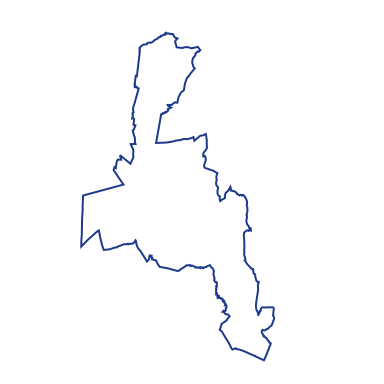 outline of San Salvador, Hidalgo, Mexico, rotated 191°
{"feature_id": "50627088B65020558146987", "entity_name": "San Salvador", "entity_type": "district", "adm_level": 2, "iso_a3": "MEX", "parent_name": "Mexico", "parent_adm1": "Hidalgo", "projection": "equal_earth", "projection_center": [-99.069, 20.296], "detail": "fine", "context": "isolated", "style": "outline", "palette": "blue", "viewbox_px": 384, "rotation_deg": 191, "n_neighbors": 0, "source": "geoboundaries", "source_scale": "gbopen_adm2", "svg_char_len": 5982}
<svg xmlns="http://www.w3.org/2000/svg" viewBox="0 0 384 384"><g transform="rotate(191 192 192)"><path d="M290.3,117.3L285.0,125.4L277.6,135.1L276.1,136.5L272.8,128.4L269.4,121.3L267.5,118.3L262.2,119.9L256.3,123.2L255.3,123.1L254.8,123.8L253.4,125.0L251.5,125.9L250.9,126.5L248.5,127.9L246.5,128.1L245.9,128.7L245.0,128.9L244.6,128.5L244.1,129.0L241.3,129.6L239.2,131.0L238.3,133.9L237.9,133.6L235.9,128.8L233.8,126.0L233.1,125.7L230.9,123.8L222.9,115.2L221.5,117.2L221.4,120.1L221.6,120.7L221.4,121.7L219.5,121.7L219.5,120.5L219.2,120.0L218.4,119.9L218.4,118.2L214.3,118.0L211.9,114.8L209.6,112.4L199.9,112.4L191.5,111.7L189.6,112.3L188.7,113.7L185.0,117.1L183.5,119.0L182.5,118.9L181.5,119.5L180.8,119.7L180.4,119.5L179.9,119.8L179.5,119.1L178.7,119.2L178.4,119.6L177.4,119.8L175.6,119.3L174.9,118.9L173.8,119.0L173.5,118.5L172.9,119.0L170.9,118.8L170.3,119.4L169.8,119.1L169.6,119.6L169.1,119.3L168.8,119.7L168.5,119.6L168.2,119.8L168.1,119.5L166.4,119.3L165.7,120.4L163.8,121.1L162.5,122.3L160.4,123.6L158.4,121.4L157.5,121.3L155.3,118.6L155.3,115.6L155.0,114.5L154.4,113.8L154.1,112.5L153.3,111.5L153.5,110.0L153.2,109.1L151.6,108.0L151.1,108.2L150.8,107.7L150.3,107.8L149.8,104.9L150.3,104.1L149.6,103.9L150.0,101.6L149.4,101.1L149.6,99.6L149.0,97.8L148.5,97.5L149.0,97.1L149.0,96.5L148.8,96.2L148.5,96.5L147.8,96.2L147.2,94.5L147.0,95.3L146.3,94.9L146.1,95.2L145.7,95.2L145.5,94.6L146.0,93.8L145.7,93.0L145.2,93.2L145.1,93.7L143.9,93.3L143.5,92.8L142.4,93.3L141.9,93.2L141.6,92.2L140.9,91.9L141.3,91.3L141.0,90.6L140.8,90.4L140.3,90.7L139.7,90.3L139.4,90.6L139.1,89.4L138.5,89.4L138.0,87.7L137.7,87.8L137.3,87.4L137.2,87.9L136.9,87.6L136.8,87.1L137.2,86.8L136.5,86.7L136.1,85.7L136.1,85.0L136.7,83.8L136.3,82.6L136.4,81.8L137.0,81.4L138.3,81.5L138.9,80.5L138.2,80.7L138.2,80.4L138.1,80.8L137.9,80.7L138.3,80.2L137.4,79.8L136.7,79.1L136.0,78.9L135.6,78.4L134.8,78.7L133.1,78.5L131.3,77.3L133.2,73.8L133.6,72.4L137.7,68.3L138.4,61.9L136.6,61.1L135.6,60.1L126.9,50.6L123.0,45.6L121.9,45.2L119.5,46.9L118.8,46.8L118.3,46.2L115.9,46.4L110.6,45.7L100.2,43.2L98.7,43.2L98.5,42.8L89.3,40.5L88.9,41.9L88.9,42.9L88.3,44.2L87.5,48.2L87.3,50.1L86.5,53.4L86.6,55.0L86.0,56.2L85.8,58.4L87.6,59.1L88.2,60.4L89.0,60.6L91.4,63.1L92.2,63.1L93.6,64.3L93.9,63.9L94.2,64.1L95.8,66.5L96.5,67.0L97.0,69.1L96.4,70.1L94.6,69.8L92.6,71.6L92.2,71.5L91.3,72.5L89.4,75.3L88.3,76.3L87.8,80.1L87.4,81.6L87.3,83.5L87.4,84.3L88.8,86.1L89.5,93.5L90.0,94.1L90.9,94.2L97.7,92.8L98.2,92.4L100.1,92.4L101.3,91.9L102.1,90.7L101.9,88.4L102.1,88.1L102.8,88.1L103.0,87.3L102.7,86.4L102.8,85.8L103.2,85.6L103.3,84.0L104.0,83.3L103.7,84.1L103.8,85.4L106.4,88.9L107.5,92.3L108.0,97.2L108.4,108.4L109.6,113.4L109.2,116.2L109.4,116.5L110.8,116.4L111.8,117.1L113.7,120.8L114.0,122.3L114.4,123.0L114.8,123.5L116.0,123.7L117.2,127.9L118.0,127.5L121.9,130.1L125.0,132.6L126.4,134.5L126.6,135.4L127.1,135.2L126.8,136.3L128.9,140.5L129.1,142.9L129.7,144.7L130.1,148.5L130.6,150.0L131.4,154.3L132.7,158.3L133.1,161.9L132.3,163.2L130.8,164.7L129.7,165.1L129.3,164.7L128.9,164.7L128.1,165.4L126.8,165.3L126.8,165.7L127.4,167.2L127.7,166.7L128.5,167.0L130.0,169.5L131.5,170.5L132.9,173.2L133.2,173.8L133.2,177.5L133.5,179.2L134.1,179.9L134.2,180.5L133.9,181.8L134.1,185.0L134.7,186.6L134.8,187.6L135.8,189.1L135.7,191.2L136.3,193.3L136.8,194.4L138.5,196.6L140.2,198.5L141.1,198.7L141.7,198.3L142.0,198.6L142.4,198.2L142.7,198.6L143.6,198.5L144.6,197.7L145.0,198.1L146.0,198.1L146.8,198.7L147.2,198.6L147.4,199.2L148.9,199.9L149.2,200.4L151.0,200.9L151.8,200.6L153.2,200.8L153.5,201.2L154.0,201.0L154.1,201.4L154.5,201.5L154.5,202.8L155.3,204.4L156.6,200.5L157.5,198.9L157.8,198.8L158.7,197.7L159.1,194.7L158.6,193.4L158.7,192.1L161.6,189.7L162.5,188.4L163.1,189.3L163.4,190.4L163.7,192.8L164.2,193.2L165.4,193.5L166.7,195.5L167.2,197.7L167.1,201.0L167.4,201.3L167.6,201.9L168.4,202.3L169.6,203.7L169.7,204.5L170.2,205.5L170.0,208.4L171.0,211.4L171.0,213.5L170.6,215.3L175.0,216.9L183.7,218.1L184.3,218.5L185.1,219.6L185.2,221.8L184.6,225.0L184.9,227.5L186.1,229.8L187.6,229.0L188.3,231.0L187.8,233.6L186.4,235.7L185.7,238.5L186.7,241.7L187.4,245.8L189.5,251.6L191.8,249.8L194.6,248.8L199.5,242.8L201.1,246.2L203.0,244.7L206.0,243.3L207.8,242.7L210.0,242.6L213.0,240.9L217.9,239.3L220.2,238.0L225.0,236.2L227.6,235.4L236.6,233.3L237.1,262.5L235.7,262.9L235.8,263.8L233.3,264.7L233.4,265.5L232.0,265.9L231.0,267.3L231.3,268.0L230.9,268.4L231.3,269.1L228.6,270.9L232.1,272.2L232.5,272.8L228.7,273.6L226.2,276.6L223.4,276.9L223.4,282.2L221.9,287.3L219.4,290.3L219.6,297.0L218.8,302.8L217.6,304.5L216.0,308.2L212.9,313.8L214.9,315.7L215.5,317.3L216.5,318.9L216.7,321.7L216.6,323.3L215.8,325.2L214.8,326.6L215.1,328.4L213.8,330.1L213.7,330.6L213.3,331.0L212.1,330.9L211.2,332.7L210.2,332.9L211.5,333.2L213.9,335.6L219.7,333.0L224.2,333.4L227.3,332.5L228.9,331.5L234.6,331.1L237.3,336.4L236.7,338.2L235.5,339.9L238.5,340.5L241.0,343.5L242.5,343.0L243.1,343.2L243.9,342.8L244.6,343.2L246.1,343.1L247.0,342.6L248.0,343.4L248.7,342.6L248.5,341.2L249.8,341.0L251.8,339.2L252.2,339.5L252.6,339.3L252.6,338.8L252.8,338.0L254.5,337.3L255.2,335.9L257.7,334.0L259.3,331.8L261.1,330.6L263.4,330.2L264.5,329.4L264.5,328.4L267.9,327.3L269.4,325.9L270.9,323.6L270.5,322.9L270.9,322.3L270.4,321.3L270.3,319.6L270.0,319.7L268.2,295.1L269.4,295.3L269.4,295.1L268.8,286.3L268.4,286.4L268.2,284.0L266.5,284.6L266.5,284.0L264.1,283.5L265.3,268.2L265.8,264.2L265.7,261.7L264.5,259.0L265.5,257.9L265.1,256.6L264.9,256.6L264.6,255.2L264.7,252.8L263.6,253.4L262.7,252.5L262.3,247.6L262.0,247.4L262.1,246.7L260.2,246.6L261.0,242.2L261.9,241.2L261.2,239.2L260.8,239.0L259.8,236.4L258.7,234.9L257.8,232.3L257.7,230.2L256.6,228.4L261.3,227.3L257.7,222.1L257.3,221.2L257.0,217.4L256.4,216.1L256.2,214.6L257.9,208.0L268.9,214.0L269.4,213.6L267.7,210.2L271.1,209.5L271.7,206.5L271.4,200.9L272.9,201.6L273.1,198.5L260.7,186.2L298.2,167.8L296.7,157.3L295.9,153.8L294.9,145.3L292.0,128.9L291.4,123.6L290.3,117.3Z" fill="none" stroke="#1e3a8a" stroke-width="2"/></g></svg>